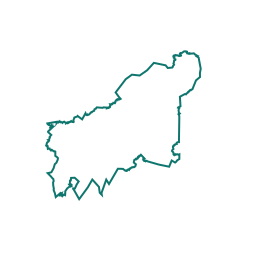 Badiraguato, Sinaloa, Mexico (Equal Earth projection), rotated 48°
{"feature_id": "50627088B91393089235413", "entity_name": "Badiraguato", "entity_type": "district", "adm_level": 2, "iso_a3": "MEX", "parent_name": "Mexico", "parent_adm1": "Sinaloa", "projection": "equal_earth", "projection_center": [-107.389, 25.605], "detail": "fine", "context": "isolated", "style": "outline", "palette": "teal", "viewbox_px": 256, "rotation_deg": 48, "n_neighbors": 0, "source": "geoboundaries", "source_scale": "gbopen_adm2", "svg_char_len": 5767}
<svg xmlns="http://www.w3.org/2000/svg" viewBox="0 0 256 256"><g transform="rotate(48 128 128)"><path d="M108.5,35.3L108.3,37.7L107.8,38.6L107.4,38.8L107.4,39.6L108.0,40.0L109.5,39.9L109.7,40.2L109.4,40.9L108.6,42.0L107.5,42.2L107.1,42.9L106.7,42.9L106.5,43.1L106.3,43.5L105.4,44.0L105.3,44.9L105.1,45.0L104.8,45.5L104.9,46.0L105.9,45.5L106.2,45.8L106.4,47.0L107.4,46.8L108.0,47.4L108.8,46.9L109.1,47.2L108.9,49.0L109.9,49.9L110.4,51.0L111.7,51.3L111.9,51.8L111.9,52.8L112.5,53.7L112.7,54.6L110.0,58.3L106.6,58.1L96.9,65.2L97.9,75.0L96.8,84.2L91.0,89.4L90.2,97.0L93.3,113.4L99.0,114.0L101.4,114.0L101.1,115.2L100.7,115.3L100.4,115.8L100.0,116.0L100.2,116.6L99.8,116.5L99.5,116.7L99.4,117.1L99.5,117.8L99.4,118.4L99.8,119.6L100.2,119.7L100.3,120.4L100.8,121.1L100.6,121.3L100.1,121.4L100.1,121.7L99.5,122.1L99.8,122.6L99.5,123.3L99.7,123.8L99.1,124.2L99.4,124.7L99.4,125.0L98.6,125.5L99.1,125.7L99.3,126.3L99.8,126.6L100.4,127.4L100.4,127.6L99.9,127.9L100.2,129.0L99.4,129.4L99.5,130.0L99.3,130.4L98.9,129.8L96.2,132.5L96.1,133.3L91.8,137.4L92.0,138.3L91.9,138.3L92.0,139.0L91.7,140.5L92.5,141.5L92.4,141.6L92.3,142.4L92.0,143.3L92.1,144.4L91.7,144.5L91.6,145.5L91.9,146.9L91.8,148.5L91.3,149.1L91.0,149.1L91.1,149.5L90.6,149.7L90.5,150.2L89.6,150.1L88.6,149.7L90.9,156.3L85.4,157.4L85.6,157.8L84.3,160.8L84.5,161.2L84.7,161.3L85.3,162.7L86.1,163.7L86.3,164.2L86.7,164.4L86.8,164.3L87.1,164.3L87.1,164.6L86.5,165.1L86.2,164.9L86.0,165.0L85.7,165.5L85.3,165.5L85.2,165.9L84.8,165.8L84.8,166.9L84.4,167.2L84.4,168.0L84.1,168.2L84.2,168.5L83.7,168.6L83.7,169.1L83.9,169.0L84.1,169.2L84.1,169.5L83.9,169.5L83.8,169.3L83.6,169.7L83.3,169.4L83.2,169.6L83.4,169.8L83.2,170.0L83.1,170.5L82.9,170.2L82.7,170.7L82.3,170.7L81.9,171.0L81.5,171.0L81.2,171.2L80.6,171.2L80.2,172.1L80.4,173.1L80.0,173.1L79.6,173.3L79.2,173.9L78.7,173.7L78.2,173.8L78.0,174.1L78.1,174.5L77.9,174.6L77.4,174.8L77.3,174.6L77.1,174.6L77.4,175.4L77.1,175.7L77.3,176.2L77.0,176.6L76.3,176.8L76.5,177.7L75.7,176.8L70.6,184.9L71.0,185.1L72.3,185.0L72.7,184.9L73.3,184.3L74.6,184.0L75.0,183.4L74.8,182.9L75.0,182.8L75.1,183.1L75.0,182.7L75.6,182.8L75.8,182.5L76.0,182.7L75.9,183.1L75.3,184.0L75.3,184.9L75.5,185.3L77.0,183.1L77.1,189.7L77.6,190.1L81.8,189.7L81.8,190.5L82.5,192.2L82.7,192.3L82.8,192.6L82.6,192.7L83.0,193.2L83.3,193.3L83.8,194.5L84.1,194.7L83.7,195.2L83.9,195.2L84.0,195.4L84.4,195.3L84.9,195.9L84.6,197.7L85.6,199.5L86.3,200.1L86.4,200.6L86.9,200.5L87.0,199.8L87.3,199.7L88.3,200.2L88.8,200.9L89.8,201.5L90.0,200.8L90.5,200.3L90.6,200.5L91.0,200.5L92.1,200.3L92.2,200.1L93.2,200.3L93.4,200.0L93.3,199.2L95.7,198.8L96.2,198.0L96.9,197.8L100.1,200.7L102.2,200.2L103.5,200.2L104.5,201.4L105.9,204.4L105.9,206.6L108.1,210.2L109.6,214.5L109.4,215.1L107.8,217.9L112.4,217.7L115.1,217.8L115.8,217.6L117.7,218.7L118.3,220.1L120.8,222.1L123.6,223.8L124.2,224.7L127.6,226.0L131.0,227.9L131.1,222.4L131.5,222.4L131.3,221.4L131.6,221.3L131.8,221.7L131.9,221.1L132.0,221.6L132.1,221.1L132.3,221.5L132.1,221.9L132.6,221.7L132.5,222.2L132.5,222.5L132.8,222.1L133.0,223.2L133.4,222.7L133.4,222.3L133.8,222.3L133.6,222.0L134.1,221.9L134.4,222.2L134.4,222.5L134.6,222.5L134.5,222.1L134.4,221.9L134.4,221.5L134.8,221.4L135.0,221.6L134.9,221.3L134.8,220.9L135.1,219.8L135.4,219.7L135.1,219.5L135.4,219.2L133.0,216.9L132.2,213.5L132.4,210.6L133.1,210.0L133.7,208.0L132.6,209.6L130.8,209.5L131.7,208.1L130.2,208.2L128.3,206.3L128.7,205.6L127.0,203.7L129.3,200.9L134.7,200.4L135.7,204.1L137.4,207.8L135.6,209.8L136.5,209.3L148.2,211.9L145.2,197.5L142.4,189.0L152.3,189.0L157.2,192.3L160.1,192.2L159.2,191.6L158.9,191.6L158.7,191.4L151.8,178.7L156.9,179.6L151.5,162.8L155.0,159.1L157.8,158.6L158.6,158.1L158.3,157.6L158.4,157.4L159.0,157.2L158.9,156.9L159.1,156.7L158.9,155.5L159.8,155.2L159.4,154.6L159.6,154.1L159.4,153.7L159.7,153.4L159.5,153.0L159.8,152.2L159.7,151.7L159.9,151.3L160.2,151.2L160.4,150.4L161.1,149.9L161.1,149.5L161.3,149.3L161.3,148.0L160.2,146.4L157.6,146.8L156.8,146.0L155.9,144.5L156.4,143.6L156.2,143.1L156.8,142.9L156.8,142.5L156.4,142.2L156.5,142.0L157.0,141.7L157.1,141.3L156.6,141.1L156.5,140.1L156.1,139.8L156.2,139.1L156.4,139.1L156.8,139.4L156.8,138.8L156.3,138.2L156.7,137.8L156.5,136.9L157.2,136.6L157.0,136.3L161.4,136.2L161.3,136.4L161.4,136.9L161.3,137.1L161.4,137.3L161.3,137.5L161.5,137.7L162.3,137.6L162.4,138.0L163.4,138.0L163.7,137.4L164.1,137.3L163.8,136.9L164.8,136.2L165.0,136.0L165.4,136.1L175.9,129.5L184.3,123.3L181.4,117.3L185.2,116.1L185.3,114.5L184.9,113.4L185.4,110.6L182.0,107.5L181.8,108.3L181.3,108.4L181.1,108.7L180.5,108.9L180.0,109.6L180.0,110.0L179.8,110.5L179.1,110.5L179.1,111.8L178.5,111.8L178.2,111.6L177.8,111.7L177.1,110.9L176.2,110.6L175.0,110.8L174.6,110.7L174.1,110.1L174.0,109.3L174.1,108.5L173.9,108.2L172.2,107.4L171.7,106.7L172.0,106.0L172.0,105.7L171.7,105.8L171.5,105.6L171.7,104.7L171.6,104.1L172.2,103.2L172.2,102.8L171.9,102.3L172.1,102.2L171.8,102.0L171.6,101.3L172.0,100.2L172.6,99.6L153.6,82.0L153.0,81.8L152.3,81.2L151.6,81.2L151.9,79.8L151.7,79.8L151.0,80.2L149.4,79.0L148.8,78.7L147.4,76.8L147.1,76.7L146.6,77.4L146.7,77.2L146.4,77.3L146.3,76.9L146.5,76.2L146.9,75.9L146.7,75.5L147.0,74.5L139.5,68.5L140.8,63.1L141.2,62.6L141.8,62.4L141.7,61.8L141.5,61.6L141.6,60.5L141.8,60.1L141.7,59.6L141.4,59.2L141.6,58.8L141.5,58.7L141.7,58.2L141.4,57.7L141.4,57.2L141.7,56.7L141.4,56.5L141.5,56.0L142.0,55.7L142.0,55.4L142.0,55.0L142.2,54.6L142.3,54.2L138.1,45.6L138.3,40.4L135.3,37.8L132.6,34.3L122.9,28.4L120.7,29.0L120.9,28.1L119.2,28.7L118.5,28.8L118.1,29.1L116.8,29.0L116.4,29.3L115.5,30.7L114.4,31.7L114.5,31.9L114.4,32.2L114.1,32.1L113.3,32.4L113.4,33.2L112.6,33.5L112.4,33.9L112.2,34.1L111.7,34.0L110.8,33.1L110.5,33.1L110.1,33.5L109.9,34.0L109.5,34.0L109.0,34.5L108.5,35.3Z" fill="none" stroke="#0f766e" stroke-width="2"/></g></svg>